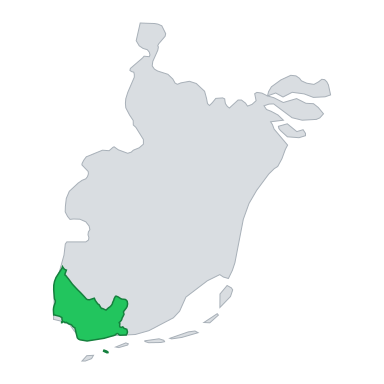 Groningen on a map of Netherlands (Mercator projection), rotated 180°
{"feature_id": "NLD-897", "entity_name": "Groningen", "entity_type": "Province", "adm_level": 1, "iso_a3": "NLD", "parent_name": "Netherlands", "parent_adm1": "", "projection": "mercator", "projection_center": [6.616, 53.2], "detail": "fine", "context": "in_parent", "style": "filled", "palette": "green", "viewbox_px": 384, "rotation_deg": 180, "n_neighbors": 0, "source": "natural_earth", "source_scale": "10m", "svg_char_len": 4713}
<svg xmlns="http://www.w3.org/2000/svg" viewBox="0 0 384 384"><g transform="rotate(180 192 192)"><path d="M243.8,361.0L236.5,360.7L229.7,360.5L226.1,359.9L222.2,358.2L220.4,354.6L218.3,350.3L218.9,347.7L225.3,340.2L226.3,338.2L225.6,337.1L226.2,333.8L231.2,322.6L231.8,318.1L229.6,314.9L226.4,313.0L216.1,309.7L211.2,305.0L208.9,300.9L206.6,299.7L203.2,301.1L194.6,302.7L187.7,300.5L179.4,292.7L177.5,285.7L176.5,280.4L174.5,278.5L171.7,281.3L168.2,285.6L161.3,286.1L159.3,285.1L159.0,282.7L158.6,280.4L156.7,277.6L154.6,276.0L145.9,284.0L142.6,284.0L138.5,280.9L136.5,277.9L132.0,279.6L127.9,283.3L129.3,290.3L127.1,291.6L122.1,290.9L116.5,288.1L110.2,286.3L100.7,281.5L87.4,285.4L78.1,280.7L70.5,280.3L65.7,276.5L60.5,270.2L64.2,266.1L67.7,264.6L81.8,263.8L92.0,266.3L110.4,280.1L115.0,279.9L120.0,278.2L117.5,274.5L112.9,272.7L106.0,269.0L100.6,263.8L113.4,262.2L111.6,259.5L109.9,254.9L96.4,238.9L98.7,234.5L102.1,225.2L106.3,217.5L109.7,215.4L115.3,209.9L127.3,193.7L135.0,180.5L140.7,164.7L149.1,121.2L151.6,113.7L155.6,105.5L160.7,107.0L164.2,109.4L176.7,103.2L198.1,86.9L204.4,72.8L210.6,66.2L235.2,53.3L248.7,49.5L269.7,48.5L284.9,46.2L303.1,45.4L310.0,53.3L314.0,59.1L320.5,62.3L330.5,64.6L329.9,76.0L330.0,98.5L329.2,102.5L324.7,112.0L320.0,128.9L318.7,140.0L317.2,142.1L298.2,142.1L295.5,144.0L295.1,146.4L296.0,149.2L295.6,152.1L294.1,154.4L294.9,158.0L298.2,162.2L304.2,164.8L310.7,165.0L314.0,164.6L316.4,167.5L318.8,172.1L318.6,177.8L317.7,185.6L314.7,192.7L305.9,200.9L301.9,203.7L298.2,205.2L296.5,207.4L295.6,210.1L295.8,212.5L302.1,219.1L301.9,220.6L300.1,224.0L297.7,227.2L281.5,233.8L274.9,233.3L271.1,236.6L269.9,237.2L265.7,234.2L256.3,230.7L252.7,231.9L250.7,233.8L244.8,236.2L240.6,239.8L240.6,244.5L248.1,256.6L250.7,259.0L250.8,263.5L254.5,269.1L258.2,276.2L258.6,280.7L258.2,285.3L256.2,291.7L249.7,306.8L249.7,309.6L250.2,311.8L252.4,312.4L254.1,313.6L253.6,315.6L241.5,326.0L239.9,327.8L234.8,327.3L234.0,329.0L234.7,331.8L236.7,334.3L241.0,335.6L244.8,338.2L247.8,343.3L243.8,361.0ZM116.5,288.1L115.4,292.4L112.6,297.2L103.1,304.1L93.2,308.7L88.0,308.1L84.5,305.7L82.6,303.2L77.3,300.8L70.0,299.6L65.4,302.2L62.2,304.7L59.3,304.3L57.2,302.2L55.6,299.1L53.4,289.1L58.9,287.2L70.6,286.6L79.8,290.1L91.8,291.7L101.0,287.0L108.3,291.0L116.5,288.1ZM96.6,247.2L103.6,253.5L105.1,255.5L105.6,257.7L96.7,260.2L87.2,252.4L80.9,254.3L78.5,250.6L78.5,248.3L85.0,246.3L96.6,247.2ZM164.0,90.0L156.9,98.5L152.6,96.1L151.3,94.1L153.5,87.5L164.1,76.5L164.0,90.0ZM195.7,52.1L189.0,53.0L185.9,51.3L202.1,46.6L212.4,45.1L214.2,45.7L195.7,52.1ZM239.2,43.2L225.0,45.2L220.2,43.7L219.4,42.3L223.2,41.5L235.4,41.3L239.1,42.5L239.2,43.2ZM180.1,61.5L166.8,70.3L165.6,68.9L174.2,61.2L180.1,61.5ZM297.2,28.3L290.5,28.7L292.4,25.4L298.6,23.0L302.0,23.0L297.2,28.3ZM268.3,37.0L258.2,41.1L255.7,40.2L256.3,39.0L265.2,36.4L268.3,37.0Z" fill="#d9dde1" stroke="#a8b0b8" stroke-width="1"/><path d="M330.3,69.0L330.5,72.5L330.6,74.4L330.4,76.3L329.9,78.3L328.9,81.0L328.7,81.9L328.7,83.4L329.0,84.1L329.4,84.8L329.6,85.8L330.3,94.4L330.2,98.7L329.5,102.5L328.0,106.5L322.0,115.8L321.5,117.4L321.1,116.7L319.8,115.0L319.0,114.4L317.6,113.9L319.1,109.9L319.1,109.5L319.0,108.9L318.5,108.8L315.0,104.4L311.6,99.8L308.9,96.9L306.4,94.2L305.0,92.9L303.3,91.2L300.1,87.8L297.6,85.0L297.2,84.7L296.5,84.4L294.6,84.2L290.1,85.7L289.7,85.8L289.6,85.6L289.5,85.4L288.7,83.5L286.3,80.2L285.5,79.6L285.1,79.5L284.9,79.3L283.7,77.2L282.5,75.5L281.7,75.6L280.4,75.0L278.0,73.9L275.4,76.3L274.1,77.1L273.1,78.1L272.0,79.5L271.5,80.7L271.5,80.9L271.3,81.6L270.4,83.5L270.1,84.3L269.8,85.5L268.6,87.6L268.0,87.9L266.6,87.4L265.9,87.1L263.3,85.4L262.1,84.9L259.0,84.6L258.4,84.4L257.4,83.5L256.8,82.7L256.4,80.1L256.9,77.5L257.7,76.0L260.4,72.5L260.5,72.0L260.5,71.7L260.4,71.3L260.3,70.9L260.2,70.6L260.1,70.1L260.0,69.6L260.9,67.8L261.9,65.9L262.3,64.4L262.6,63.8L263.5,62.7L264.7,61.6L264.9,61.3L264.9,61.2L264.5,61.0L264.3,60.9L264.2,60.8L264.2,59.6L264.4,58.1L264.2,57.4L264.0,57.0L262.6,56.6L262.4,56.6L262.2,56.7L261.8,57.0L261.6,57.1L261.3,57.1L261.1,57.0L260.9,56.9L260.6,56.5L260.2,55.9L259.9,55.7L259.6,55.5L258.3,55.1L257.2,54.7L256.5,52.0L256.9,50.6L257.7,49.0L264.0,48.8L264.7,49.1L266.0,50.2L266.7,50.5L267.3,50.3L269.2,48.8L279.9,45.7L296.9,43.0L304.0,44.2L305.5,44.9L306.7,46.2L309.1,56.2L309.5,56.3L311.3,57.6L311.4,57.9L311.7,58.2L312.1,58.7L312.6,59.3L314.9,60.0L317.7,61.7L319.0,61.3L319.6,62.0L320.5,62.2L321.3,61.9L322.0,61.3L322.4,61.3L322.4,62.1L321.9,62.6L321.6,62.9L321.6,63.5L322.0,64.5L322.1,66.4L324.3,67.7L329.5,69.0L330.3,69.0ZM276.0,31.4L277.0,31.2L281.0,33.0L280.7,33.0L280.4,33.1L280.2,33.4L280.0,33.9L277.5,33.0L276.2,32.2L276.0,31.4Z" fill="#22c55e" stroke="#15803d" stroke-width="1.5"/></g></svg>